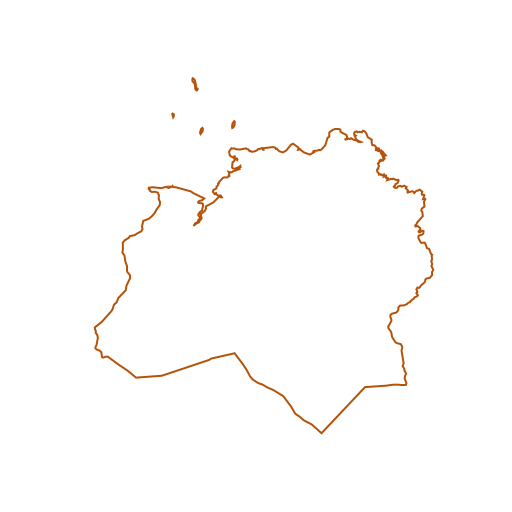 outline of Mocimboa Da Praia, Cabo Delgado, Mozambique, rotated 256°
{"feature_id": "85939544B54758933622764", "entity_name": "Mocimboa Da Praia", "entity_type": "district", "adm_level": 2, "iso_a3": "MOZ", "parent_name": "Mozambique", "parent_adm1": "Cabo Delgado", "projection": "natural_earth1", "projection_center": [40.265, -11.404], "detail": "fine", "context": "isolated", "style": "outline", "palette": "amber", "viewbox_px": 512, "rotation_deg": 256, "n_neighbors": 0, "source": "geoboundaries", "source_scale": "gbopen_adm2", "svg_char_len": 6141}
<svg xmlns="http://www.w3.org/2000/svg" viewBox="0 0 512 512"><g transform="rotate(256 256 256)"><path d="M340.7,396.5L344.4,393.1L347.3,392.9L350.5,391.8L351.7,390.1L350.4,388.6L351.4,386.6L351.5,384.5L352.6,383.8L352.4,381.9L351.3,380.8L349.9,380.8L348.7,381.9L348.4,380.8L344.8,381.6L342.8,383.3L341.3,385.4L341.3,384.4L342.5,382.4L343.5,381.9L345.3,378.7L347.3,376.7L346.7,375.4L347.7,373.9L347.2,372.4L347.4,370.1L347.9,372.1L348.8,373.2L351.5,373.0L356.1,368.0L358.3,368.4L359.4,366.4L360.1,363.4L359.8,360.9L358.1,357.0L354.0,355.9L353.5,354.2L352.7,353.6L346.8,350.1L343.6,345.4L343.1,343.7L343.8,342.7L343.4,341.3L344.0,337.3L343.4,336.8L342.6,337.4L341.4,332.7L345.0,327.5L348.6,324.6L349.5,325.1L348.8,324.0L348.9,322.5L349.9,323.2L351.1,323.3L356.0,319.1L355.5,316.8L351.1,311.0L350.0,307.2L352.1,303.8L355.1,302.1L355.2,301.1L356.3,301.1L357.6,298.9L358.8,289.4L357.2,289.0L357.6,288.3L359.1,288.3L359.4,287.8L358.9,285.9L359.3,284.2L358.6,283.3L357.9,280.6L358.0,277.3L359.2,276.1L359.2,275.1L361.2,274.5L361.8,273.2L362.8,272.5L363.2,266.2L364.4,262.6L365.8,260.6L365.9,259.1L366.5,258.2L363.8,255.1L360.2,254.9L359.0,255.5L356.7,258.0L358.6,259.7L356.1,259.1L355.2,261.1L354.1,261.4L353.6,261.0L354.4,260.4L354.8,258.6L353.2,257.4L352.6,255.9L347.7,254.2L346.6,254.8L345.8,256.5L346.5,261.2L347.2,262.6L346.0,262.5L345.7,260.4L345.4,260.9L344.3,261.1L343.7,253.7L343.1,252.8L343.1,251.9L344.4,249.7L342.2,250.0L340.8,249.0L340.1,249.5L339.2,247.1L340.0,244.1L339.8,242.7L336.4,237.7L335.4,237.5L335.3,236.6L333.6,236.0L332.7,234.4L331.6,234.2L330.9,233.3L330.5,230.7L328.8,229.7L325.9,230.9L325.8,231.5L326.6,231.7L326.7,232.4L325.8,232.3L323.2,234.2L323.6,234.9L323.2,236.4L321.2,237.1L321.3,236.2L322.4,235.3L322.3,234.2L318.2,227.4L316.4,219.7L315.5,219.0L314.1,219.0L311.9,217.0L309.9,212.3L305.9,212.4L304.5,211.1L303.9,209.5L302.5,209.1L302.0,206.0L300.3,202.7L302.4,204.8L303.0,207.7L304.9,208.7L306.0,210.8L306.9,211.0L309.4,209.9L310.3,210.0L312.4,212.5L313.4,215.0L314.8,215.3L317.6,216.9L319.7,216.9L320.3,216.1L321.4,213.0L322.3,212.9L323.2,214.4L323.1,217.1L324.4,219.7L332.2,210.3L334.4,208.5L341.8,195.4L343.0,192.3L344.1,192.0L343.5,191.2L344.2,188.9L343.3,189.1L343.2,187.6L343.9,186.6L344.8,186.3L344.8,180.3L347.7,172.4L348.2,168.6L347.1,168.1L346.2,169.0L345.1,168.7L343.4,170.3L342.7,173.7L341.2,176.0L338.4,176.5L335.3,175.4L331.2,175.9L328.5,174.8L325.3,170.9L322.1,168.0L319.6,164.2L318.1,161.1L317.3,155.1L312.4,152.6L309.5,152.4L307.7,150.6L306.4,145.3L305.6,143.6L305.8,138.3L304.4,137.0L303.1,132.7L301.2,130.0L294.3,128.4L291.7,127.2L288.2,128.5L282.3,127.9L277.2,128.4L273.1,127.3L271.6,127.3L267.7,129.1L265.0,128.5L258.8,123.3L254.2,121.2L248.6,112.3L244.6,109.4L243.2,106.5L239.3,104.1L237.6,102.5L229.5,90.6L225.7,82.3L223.9,82.1L221.5,82.4L220.3,81.8L218.1,82.8L214.9,82.8L208.0,79.6L206.4,78.1L205.2,77.9L204.0,78.6L202.1,81.3L200.0,82.7L195.2,82.1L194.4,83.1L194.6,86.7L194.1,87.9L183.7,96.5L175.8,103.7L167.0,110.2L162.6,135.7L166.5,185.3L167.3,187.7L166.8,211.7L154.2,217.1L147.2,219.5L141.0,221.0L137.1,222.8L132.3,227.2L129.5,231.4L125.3,235.7L122.0,240.1L113.5,248.5L101.5,253.6L93.5,255.9L89.0,259.9L84.9,262.7L79.1,269.3L68.2,276.7L102.4,330.0L98.6,351.6L98.1,357.1L97.0,362.0L95.3,366.9L94.7,370.4L96.3,371.2L101.2,370.6L103.3,371.4L105.7,373.2L109.0,372.3L110.7,372.6L113.6,371.6L116.2,373.3L129.0,374.3L131.5,375.7L133.0,375.9L135.5,375.1L137.2,371.9L138.5,370.5L139.5,370.1L144.2,368.5L149.7,368.8L153.7,367.1L155.5,367.2L160.2,371.6L161.6,372.0L164.3,371.6L166.3,372.2L167.2,374.1L167.1,378.0L167.8,379.6L169.7,381.3L171.4,381.5L173.1,383.8L172.3,387.4L172.8,390.8L173.8,392.4L174.0,394.4L174.9,395.0L175.2,396.2L176.0,397.1L176.2,398.4L177.5,399.9L178.0,402.7L178.8,403.6L181.1,402.6L181.9,403.8L184.9,403.6L186.1,404.8L186.3,405.4L185.6,406.2L185.9,407.2L187.3,408.6L189.5,412.9L190.4,413.9L192.4,414.8L192.9,416.0L192.8,419.5L195.0,422.3L197.9,422.9L199.7,424.7L203.8,423.8L205.6,425.0L208.6,424.8L210.0,426.0L214.2,426.6L214.5,427.2L216.2,426.2L220.9,425.7L222.3,423.8L227.7,423.2L228.3,422.7L228.7,419.7L229.4,419.1L233.6,418.0L234.9,418.0L236.4,418.7L236.5,421.9L237.2,423.7L239.6,424.6L240.1,424.2L240.3,422.9L239.3,420.8L239.6,419.9L240.5,419.7L242.4,422.1L243.4,422.0L245.9,420.1L246.1,417.9L246.5,417.8L247.2,417.9L247.9,419.3L249.6,420.6L254.3,427.5L258.5,428.0L259.7,427.4L260.7,427.6L261.9,428.3L263.2,431.4L268.2,432.2L270.3,434.1L271.0,433.4L270.9,431.9L274.2,434.1L274.9,433.6L275.3,431.9L276.6,431.9L278.2,432.9L280.6,431.0L280.9,430.6L280.3,429.1L280.4,427.3L278.8,424.8L280.5,424.1L281.0,423.4L280.9,418.5L281.7,418.5L282.9,419.4L285.4,417.7L286.6,418.8L288.4,416.6L288.0,413.9L289.2,413.0L289.1,410.6L288.1,409.2L288.1,408.2L289.4,406.6L290.0,406.5L290.7,407.8L291.9,408.6L292.5,410.9L294.4,412.5L295.5,412.5L295.6,410.7L297.8,408.0L297.5,406.5L298.2,405.6L297.9,401.6L299.5,402.8L299.9,402.7L300.4,401.1L302.3,401.6L302.0,399.4L303.4,400.4L304.2,400.2L304.3,399.3L303.8,398.9L303.6,398.1L304.1,397.1L305.2,396.8L305.2,395.0L306.8,395.1L307.8,394.2L310.1,394.2L310.7,394.6L310.9,395.7L312.2,396.0L313.3,397.1L316.3,396.7L316.9,398.3L318.0,398.5L318.0,399.6L318.8,399.4L319.2,400.0L318.1,401.1L317.9,402.5L318.5,403.0L318.9,402.7L319.1,404.1L319.5,404.4L320.3,404.3L320.7,403.1L321.6,403.0L322.6,404.2L322.1,405.1L322.2,406.3L324.4,405.1L324.4,404.6L323.2,403.4L323.6,402.7L324.7,402.5L325.0,403.2L324.7,404.3L325.3,404.7L326.9,404.1L327.2,403.5L325.5,402.6L325.6,402.0L326.6,402.1L327.4,402.9L328.3,402.8L328.0,400.5L328.6,399.5L329.6,399.9L329.7,401.3L330.7,401.2L330.9,399.6L329.5,398.9L329.8,398.0L330.9,398.1L331.9,399.2L334.8,397.7L335.4,395.7L338.8,395.7L340.7,396.5ZM441.8,239.1L443.8,237.7L443.4,237.2L441.0,236.6L437.7,238.3L432.5,237.5L431.1,238.2L431.0,238.9L432.1,239.9L434.1,238.6L435.6,239.0L436.2,238.6L437.3,239.2L441.8,239.1ZM392.1,267.5L390.3,265.3L387.2,264.0L385.9,264.0L386.3,265.2L388.4,267.0L391.6,267.9L392.1,267.5ZM392.4,235.3L393.3,234.9L392.4,233.3L389.1,231.5L387.8,231.7L390.0,234.4L392.4,235.3ZM414.1,209.1L410.6,209.2L411.3,209.9L413.2,210.6L414.4,209.5L414.1,209.1Z" fill="none" stroke="#b45309" stroke-width="2"/></g></svg>